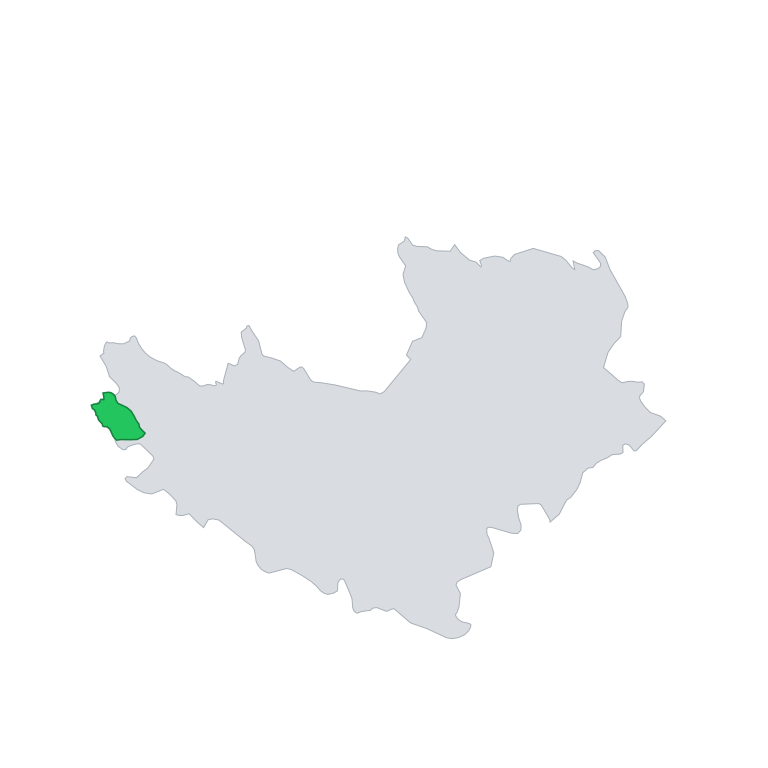 where Lola sits in Guinea, rotated 130°
{"feature_id": "GIN-5650", "entity_name": "Lola", "entity_type": "Prefecture", "adm_level": 1, "iso_a3": "GIN", "parent_name": "Guinea", "parent_adm1": "", "projection": "equal_earth", "projection_center": [-8.285, 7.882], "detail": "fine", "context": "in_parent", "style": "filled", "palette": "green", "viewbox_px": 768, "rotation_deg": 130, "n_neighbors": 0, "source": "natural_earth", "source_scale": "10m", "svg_char_len": 4517}
<svg xmlns="http://www.w3.org/2000/svg" viewBox="0 0 768 768"><g transform="rotate(130 384 384)"><path d="M454.0,511.8L449.0,510.9L446.8,512.2L440.1,522.6L436.1,526.7L429.9,525.4L427.6,526.2L426.0,525.0L428.3,519.2L431.5,507.9L439.7,496.4L439.9,494.0L436.5,487.3L433.0,478.2L433.1,468.4L432.4,461.3L425.2,459.3L423.9,458.1L423.7,455.7L427.8,443.5L428.1,441.1L427.6,438.9L423.2,432.6L416.3,421.1L404.4,397.4L400.0,392.4L395.7,385.2L394.1,380.6L389.7,378.9L348.1,379.3L347.4,385.4L333.0,389.6L324.2,384.8L314.4,387.6L309.6,390.7L305.8,404.5L303.7,407.5L301.6,413.7L299.7,417.1L297.5,423.9L292.8,433.7L287.8,439.9L279.5,443.4L276.8,453.6L274.9,457.4L271.7,460.4L268.2,462.3L261.4,460.3L257.6,462.2L257.0,459.6L259.2,451.5L257.5,447.3L251.0,438.9L250.4,434.8L248.4,429.6L239.8,418.7L231.8,419.4L234.1,410.3L234.1,398.3L231.4,391.7L232.1,385.0L230.6,385.4L227.9,390.0L223.6,388.5L214.8,381.4L210.5,374.4L210.0,368.5L209.0,366.2L206.4,367.5L200.9,367.3L184.2,356.8L172.5,330.4L172.3,324.4L174.1,314.2L173.7,311.4L168.2,318.2L167.2,313.6L163.1,303.0L161.9,296.9L157.9,294.2L154.7,293.7L152.2,295.7L148.9,308.1L146.4,308.1L143.9,305.4L144.5,296.2L151.0,284.6L162.0,255.4L165.9,248.7L168.4,246.4L173.4,246.1L183.4,242.2L195.6,233.1L204.9,233.8L215.9,232.7L230.3,226.4L230.6,206.9L230.1,202.5L225.1,198.6L222.1,195.2L219.6,190.8L216.5,187.8L216.7,184.5L223.1,180.3L228.9,180.4L230.8,178.8L232.3,176.0L234.0,168.9L234.6,161.5L230.9,151.5L231.1,144.4L252.1,145.4L263.7,147.4L273.1,147.9L274.6,149.6L273.2,156.4L274.4,160.5L277.6,161.6L282.9,156.8L285.7,157.9L291.5,163.8L297.0,165.5L303.0,168.7L308.6,170.5L313.6,170.3L317.3,173.6L324.3,174.7L333.4,170.4L340.5,168.5L350.5,168.1L355.8,169.5L371.0,166.1L383.0,168.0L381.1,170.3L375.6,186.0L376.2,188.7L388.3,202.0L391.2,203.0L394.5,201.2L399.8,195.0L403.9,188.4L407.9,185.2L412.5,185.4L416.2,190.1L424.8,209.7L427.0,212.2L429.1,212.1L432.9,208.5L434.8,204.2L442.9,191.2L455.3,184.7L484.8,199.6L489.1,200.7L491.7,199.6L495.4,190.8L506.5,183.3L511.9,181.3L514.9,181.0L516.1,178.6L516.6,175.0L516.0,171.3L512.6,164.7L512.5,162.7L514.5,161.4L518.7,160.5L524.2,161.1L530.4,164.0L535.4,168.2L538.2,173.1L543.8,193.8L550.0,210.1L549.7,231.9L552.4,234.1L555.5,235.1L556.9,236.8L559.9,245.8L562.8,248.4L566.2,249.0L572.5,254.8L576.7,257.1L577.2,258.8L577.1,261.2L575.5,264.2L569.3,270.2L566.3,275.4L560.0,287.8L559.8,290.1L561.1,291.7L563.7,292.1L566.5,291.2L572.3,286.7L576.8,288.3L581.2,291.7L582.8,295.3L583.2,300.0L582.2,306.1L582.1,312.9L583.5,324.4L585.8,336.0L588.1,340.2L602.7,350.4L604.1,354.2L604.9,358.5L603.8,364.4L602.3,367.6L594.3,376.7L593.1,381.0L593.7,389.0L594.3,422.9L597.4,428.6L601.2,431.5L610.0,429.9L609.8,439.4L608.6,449.9L613.7,453.2L616.3,456.4L617.7,459.4L609.6,465.0L607.3,468.3L606.2,477.1L606.4,485.3L617.4,491.1L621.6,497.9L623.4,505.0L624.1,518.4L623.1,521.4L620.3,521.5L614.8,513.3L606.3,512.4L600.0,510.9L589.5,512.0L587.8,514.4L586.5,532.2L589.1,535.2L594.1,538.5L597.3,540.0L600.1,539.6L602.2,541.7L602.6,547.6L601.2,551.9L598.4,555.9L595.0,566.2L595.7,575.6L589.8,590.6L588.1,593.5L580.3,590.6L575.1,589.6L571.5,593.4L566.4,587.5L565.4,582.9L563.5,582.0L560.1,581.9L556.9,584.5L555.6,589.3L554.8,598.9L549.1,608.1L545.1,619.5L540.4,618.4L539.4,619.8L534.4,622.7L530.1,623.6L529.0,620.5L526.5,618.1L523.8,613.2L520.6,609.3L514.6,606.6L512.2,607.8L509.4,607.5L507.5,606.0L507.8,603.6L510.9,597.7L512.7,592.2L513.7,586.3L513.7,580.6L512.0,572.6L509.3,566.2L508.7,562.6L509.0,557.3L508.4,552.5L507.5,549.9L506.2,540.7L504.6,539.0L503.8,531.6L504.0,524.0L501.7,521.2L498.0,519.1L495.9,516.1L494.5,512.8L493.2,511.9L492.1,512.1L491.0,514.1L489.8,514.5L487.7,507.4L486.8,507.2L485.3,508.8L468.3,516.7L466.2,510.0L462.9,508.8L457.3,511.5L454.0,511.8Z" fill="#d9dde1" stroke="#a8b0b8" stroke-width="1"/><path d="M598.9,552.7L598.8,554.8L598.1,558.2L594.8,564.8L594.7,568.4L595.2,569.3L596.6,571.0L597.0,571.9L596.8,572.8L596.5,573.3L596.0,573.7L595.7,574.2L595.5,575.6L595.2,578.5L594.9,579.8L592.8,583.0L592.8,583.4L593.0,584.2L592.9,584.6L592.7,585.0L591.9,585.5L591.6,585.9L590.3,588.1L590.0,589.1L590.0,589.8L590.2,591.2L590.2,591.8L588.3,594.6L585.9,593.3L583.4,590.7L581.2,589.9L578.9,590.9L577.7,591.0L576.1,588.6L574.5,589.7L571.5,593.4L569.5,591.7L567.4,589.7L566.2,587.7L565.8,585.3L566.2,582.0L568.5,579.1L569.9,575.4L568.5,570.6L567.3,565.8L567.3,560.3L569.1,555.0L571.2,550.2L572.2,546.0L574.2,543.6L574.8,540.4L575.2,535.4L579.1,535.1L585.0,537.3L589.7,542.5L596.0,550.2L598.9,552.7Z" fill="#22c55e" stroke="#15803d" stroke-width="1.5"/></g></svg>